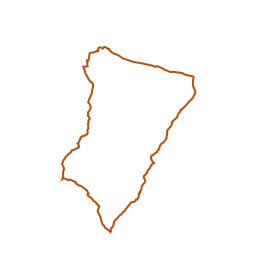 outline of Popesti, Vâlcea, Romania, rotated 243°
{"feature_id": "2599482B78854434160228", "entity_name": "Popesti", "entity_type": "district", "adm_level": 2, "iso_a3": "ROU", "parent_name": "Romania", "parent_adm1": "Vâlcea", "projection": "orthographic", "projection_center": [24.101, 44.98], "detail": "fine", "context": "isolated", "style": "outline", "palette": "amber", "viewbox_px": 256, "rotation_deg": 243, "n_neighbors": 0, "source": "geoboundaries", "source_scale": "gbopen_adm2", "svg_char_len": 5741}
<svg xmlns="http://www.w3.org/2000/svg" viewBox="0 0 256 256"><g transform="rotate(243 128 128)"><path d="M143.6,209.6L145.2,208.6L145.7,208.1L146.0,207.5L147.2,205.8L147.5,205.6L147.7,205.3L148.0,205.1L148.4,204.4L149.5,203.1L151.8,201.6L152.8,200.8L153.0,200.5L153.3,199.4L154.2,198.6L154.6,198.4L154.8,198.0L154.8,197.6L155.9,196.2L158.0,192.9L158.5,191.4L158.9,190.8L159.6,190.3L160.5,189.5L161.7,188.7L163.5,186.8L165.1,186.0L167.5,184.1L168.6,183.3L169.6,182.3L169.9,181.8L169.9,180.9L170.2,180.1L172.1,178.4L174.7,175.5L175.8,173.9L178.4,170.9L181.7,166.5L183.5,164.0L184.5,162.8L185.6,161.6L189.2,158.2L191.4,155.8L192.0,155.4L192.5,154.8L193.1,154.6L195.8,153.3L199.0,151.0L200.4,149.4L200.9,149.0L202.1,148.6L203.0,147.8L203.4,147.5L204.1,147.7L204.8,147.1L205.6,146.9L206.2,147.0L206.2,146.8L206.3,146.7L206.6,146.7L207.0,146.9L207.1,146.5L207.2,146.4L208.1,146.0L208.4,145.6L209.0,145.5L209.7,145.0L210.6,144.1L211.1,143.5L210.1,142.0L210.1,141.4L212.1,140.5L212.8,138.8L212.8,138.2L212.2,137.7L212.3,137.5L212.0,137.2L210.8,136.4L210.0,136.3L210.1,135.5L210.3,135.3L210.9,135.6L210.8,133.7L210.8,131.7L211.7,130.2L212.0,127.7L210.0,126.4L206.0,123.3L206.3,122.4L206.6,122.4L206.8,122.2L204.2,121.3L202.5,120.4L202.1,120.3L201.6,120.0L201.4,120.0L201.4,119.8L202.0,118.2L202.2,117.4L202.7,116.5L203.0,116.1L201.2,115.6L199.6,115.7L197.6,115.3L196.9,115.0L195.4,114.9L194.6,115.1L193.9,114.9L191.7,115.2L191.0,115.0L189.4,115.0L187.4,115.5L186.1,115.6L184.8,116.5L184.1,116.8L183.5,116.8L182.5,116.6L181.1,115.8L179.5,114.6L179.0,114.0L176.8,112.2L176.4,112.0L176.0,112.0L175.1,111.3L174.7,110.8L173.8,109.5L172.6,108.2L172.0,107.3L171.5,106.9L170.6,105.8L169.2,104.4L168.6,104.2L168.2,104.2L166.9,104.6L165.7,104.7L164.7,104.3L163.6,104.3L163.2,104.1L162.8,103.8L161.1,101.6L160.8,101.2L160.3,99.8L159.7,99.4L158.4,98.7L157.3,97.8L155.7,98.0L155.1,98.3L154.1,98.1L153.8,98.2L153.2,97.5L153.1,96.8L152.5,95.9L151.1,95.6L150.7,95.3L150.2,94.5L149.8,94.2L148.1,93.7L147.1,93.0L145.4,92.5L145.2,92.2L145.1,91.7L144.9,91.3L143.9,90.4L142.7,90.3L142.1,89.9L141.5,89.1L140.9,88.7L141.1,88.0L141.1,86.8L140.7,85.6L141.5,84.1L141.4,83.1L140.7,82.0L141.0,81.7L136.6,76.3L136.7,76.0L134.4,76.3L134.0,75.7L133.1,75.5L133.1,74.4L132.8,73.6L133.1,72.6L133.0,71.8L133.1,70.6L133.1,69.7L133.6,68.5L133.5,67.8L133.0,67.2L132.7,66.3L132.0,65.0L131.9,64.4L132.0,63.6L131.7,62.5L131.1,61.5L130.9,60.9L130.9,60.3L130.7,59.6L129.6,58.1L128.4,55.5L127.9,55.0L126.6,53.9L125.9,52.9L124.9,52.9L123.8,52.7L121.5,52.8L120.9,52.5L119.2,51.4L118.9,50.6L118.4,50.1L116.6,49.5L116.4,49.1L115.6,48.9L114.4,48.3L112.8,47.0L112.3,46.4L112.4,47.4L112.2,48.1L111.3,49.1L109.6,50.0L109.1,51.1L108.4,51.6L108.6,52.3L108.6,52.6L108.5,52.9L107.8,53.6L107.1,53.8L106.2,54.7L104.6,55.8L104.2,56.3L104.2,56.5L103.7,56.7L103.4,56.4L103.1,56.3L102.5,56.5L102.1,56.8L101.9,56.6L101.2,56.9L100.4,57.4L100.0,57.8L98.8,58.2L98.7,58.4L98.7,58.8L97.7,59.7L96.6,60.4L94.7,61.2L93.9,61.8L93.3,61.9L91.8,62.8L91.2,62.7L90.6,63.0L89.9,62.9L89.2,63.1L88.3,63.1L88.3,62.9L88.1,62.8L87.3,62.9L87.2,62.6L87.1,61.6L86.7,61.4L83.6,62.7L83.6,63.0L83.4,63.2L79.8,64.2L79.3,64.0L78.9,64.0L77.5,65.0L76.9,65.4L75.8,65.5L74.7,65.8L74.1,65.8L73.4,66.3L72.8,66.3L72.9,66.5L71.5,67.0L68.8,64.3L67.7,63.2L66.4,63.2L65.6,63.0L62.0,63.1L61.2,62.9L59.6,62.8L59.3,62.5L58.5,62.3L57.5,62.3L57.0,62.0L54.1,61.6L53.0,61.7L52.2,62.1L51.9,62.4L51.0,62.2L49.5,62.3L45.5,64.3L44.0,64.9L43.2,65.1L43.7,65.9L44.8,66.2L45.8,66.9L46.4,67.8L46.5,69.0L47.0,69.4L48.0,70.8L49.2,71.9L50.2,72.4L51.1,73.3L51.5,74.6L51.9,75.4L52.3,76.4L52.5,77.8L53.8,80.5L54.1,81.9L54.1,82.9L54.9,84.3L55.3,85.5L55.5,87.4L56.5,88.5L56.9,89.8L58.5,93.1L58.7,93.8L59.4,94.9L59.7,96.1L60.3,97.0L60.3,97.7L59.7,99.4L59.4,100.4L59.8,101.5L60.2,102.1L60.3,102.5L60.5,102.6L60.4,102.8L60.1,103.8L60.2,104.1L60.6,104.3L60.8,104.7L61.2,105.4L61.3,105.8L61.6,106.1L62.1,106.3L62.4,106.7L63.1,106.8L63.4,107.1L63.6,107.4L64.6,107.8L64.7,108.2L64.3,108.3L64.7,108.7L64.6,108.9L64.6,109.1L64.9,109.3L65.1,109.1L65.3,109.1L66.0,109.9L66.4,110.7L66.6,111.4L67.1,111.9L67.6,112.3L69.4,113.4L70.8,115.4L71.2,116.3L71.6,117.9L72.3,118.8L72.9,119.3L74.2,119.5L75.6,119.5L75.9,119.8L77.1,119.5L77.5,120.0L78.0,120.4L78.2,120.8L78.4,121.9L79.3,124.2L79.7,124.6L79.7,124.8L80.3,125.4L81.3,126.6L81.5,126.9L81.6,127.2L81.6,127.5L81.7,128.0L81.8,128.1L81.8,128.4L82.4,129.5L82.5,129.7L83.0,129.9L83.8,130.8L84.1,131.6L84.4,131.8L84.4,132.0L84.3,132.3L84.9,133.4L85.2,133.8L85.1,134.4L84.9,134.5L84.9,135.4L85.5,135.2L86.7,134.6L87.9,134.7L88.6,134.6L90.4,134.6L90.7,134.7L91.1,135.0L91.5,135.6L91.9,135.5L92.2,135.7L92.8,136.9L92.8,137.2L92.6,138.1L92.9,138.9L92.8,139.7L93.3,141.1L93.2,142.0L93.4,142.8L94.0,143.2L94.3,143.6L94.5,144.2L94.5,145.0L94.7,145.6L96.7,147.4L98.1,149.3L98.5,149.9L98.8,150.9L98.9,152.4L99.2,153.5L101.2,157.5L103.0,158.5L104.3,159.8L108.0,161.8L108.9,163.8L109.7,166.1L109.9,166.8L110.3,167.3L111.1,168.5L112.9,169.5L113.2,169.7L113.4,170.1L113.6,171.3L114.0,172.0L114.3,172.7L114.3,173.8L114.8,174.7L114.9,175.6L115.2,176.3L116.2,177.6L117.3,178.6L117.7,179.2L118.1,179.8L118.5,181.0L118.9,181.7L119.9,182.6L120.0,182.9L119.9,183.2L120.3,183.7L120.0,184.1L120.3,184.4L120.4,185.2L120.6,185.5L120.6,185.8L120.8,186.0L120.7,186.3L120.9,186.5L120.9,186.8L121.4,188.4L121.5,188.9L122.0,190.2L122.3,191.0L123.4,193.4L123.9,194.0L123.9,195.2L124.1,195.9L124.8,197.3L125.0,198.5L125.5,199.6L126.8,201.1L127.5,202.2L128.1,202.7L128.6,203.8L129.3,204.3L130.2,204.4L131.1,204.7L131.5,204.7L132.4,204.7L133.0,204.9L133.8,204.8L134.3,205.1L135.0,204.9L135.8,204.9L136.4,205.2L136.9,205.6L138.4,206.1L139.1,206.6L140.2,207.0L140.7,207.4L141.4,208.1L142.5,208.7L143.1,209.3L143.6,209.6Z" fill="none" stroke="#b45309" stroke-width="2"/></g></svg>